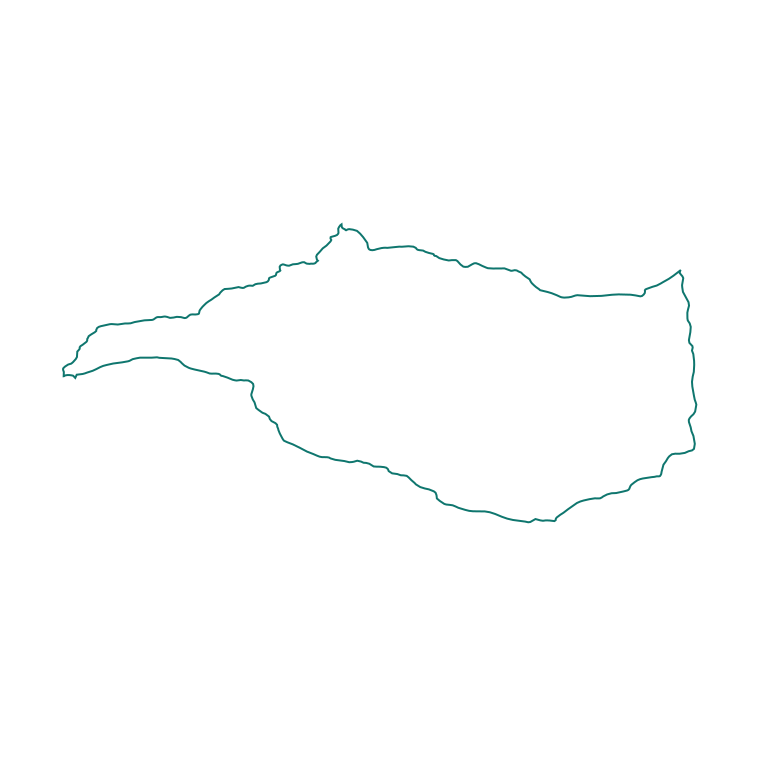 the district of Manta, Cundinamarca, Colombia, rotated 260°
{"feature_id": "7082276B33353054610225", "entity_name": "Manta", "entity_type": "district", "adm_level": 2, "iso_a3": "COL", "parent_name": "Colombia", "parent_adm1": "Cundinamarca", "projection": "equal_earth", "projection_center": [-73.55, 4.993], "detail": "fine", "context": "isolated", "style": "outline", "palette": "teal", "viewbox_px": 768, "rotation_deg": 260, "n_neighbors": 0, "source": "geoboundaries", "source_scale": "gbopen_adm2", "svg_char_len": 6133}
<svg xmlns="http://www.w3.org/2000/svg" viewBox="0 0 768 768"><g transform="rotate(260 384 384)"><path d="M504.3,241.3L502.4,238.6L500.9,237.2L498.6,231.8L497.1,228.8L495.9,225.8L494.6,223.1L493.2,221.0L491.6,218.7L489.7,216.5L488.4,215.2L485.5,214.0L485.1,213.0L485.1,212.1L485.2,210.3L485.8,207.5L485.9,206.2L485.9,205.3L485.2,203.7L483.8,201.4L483.5,200.4L483.5,199.7L483.6,198.9L485.1,195.7L485.8,192.9L486.1,191.6L486.0,188.2L486.2,185.6L486.3,184.7L487.8,181.9L488.5,180.0L488.6,179.0L488.6,176.5L488.7,175.2L489.0,174.1L489.2,172.7L489.1,171.6L488.8,170.8L487.6,168.3L487.4,167.2L487.4,166.4L488.3,159.1L488.3,156.5L488.3,149.2L487.8,145.0L488.1,142.1L488.6,139.2L488.8,132.2L490.3,126.3L490.5,124.5L490.1,115.2L489.8,113.1L489.0,111.3L487.4,110.1L486.2,109.8L485.2,108.2L483.7,104.3L482.4,101.5L480.8,100.4L479.9,99.6L478.2,99.2L477.2,98.3L474.9,93.9L474.0,91.7L473.0,90.7L471.5,90.4L470.4,89.2L469.2,87.6L463.9,86.3L462.1,84.8L459.5,81.5L458.4,79.6L458.0,76.3L456.6,73.0L455.4,71.1L454.5,70.5L453.0,70.5L451.5,70.8L447.3,69.9L447.3,70.4L447.8,71.4L447.8,73.6L447.5,75.5L446.7,78.0L446.2,79.2L445.7,79.6L443.6,81.0L446.5,83.0L446.2,89.0L446.4,91.3L446.8,93.5L447.6,99.4L448.6,103.2L449.9,107.4L450.6,110.6L450.9,114.3L451.2,120.9L450.8,129.7L450.8,135.9L451.0,137.4L452.1,140.8L452.3,144.6L452.3,148.2L450.3,159.5L449.7,165.1L448.8,167.3L446.0,179.2L445.0,182.0L443.4,185.5L441.0,187.6L439.6,188.5L436.8,190.7L433.8,194.6L432.8,196.4L431.2,199.9L427.4,209.1L426.4,211.1L424.6,214.2L424.1,216.2L423.5,220.1L422.7,222.8L422.0,223.9L421.4,224.3L420.4,225.1L419.8,226.7L417.5,230.9L414.5,235.6L413.5,237.9L413.0,239.4L412.8,243.7L411.8,246.7L411.6,248.6L411.0,251.0L408.8,253.7L406.8,255.1L404.5,255.1L401.7,254.0L397.0,251.6L396.2,251.4L395.2,251.4L391.5,252.1L388.4,253.3L382.5,254.0L380.5,255.7L376.8,259.3L375.2,262.0L371.9,265.1L369.3,265.5L367.0,266.8L364.3,270.3L362.4,271.6L360.4,271.5L358.2,272.0L357.1,272.0L353.3,272.8L347.7,274.6L345.7,275.5L345.0,276.4L343.4,278.7L340.4,283.7L335.5,290.4L330.6,296.7L330.3,297.3L327.3,302.2L325.1,305.5L323.6,308.0L322.8,310.1L321.8,315.2L321.1,317.1L320.0,318.4L317.8,322.8L315.0,331.6L313.0,336.2L312.7,338.9L312.7,340.8L313.1,344.3L311.6,347.9L310.0,350.2L309.4,352.7L308.0,355.7L304.6,359.5L303.9,362.3L303.2,365.9L302.1,369.7L301.1,371.8L299.4,373.1L297.4,373.5L294.6,376.5L293.0,381.5L291.2,384.7L290.6,387.5L289.6,390.4L287.8,392.0L284.5,394.3L281.3,396.9L279.6,398.0L276.2,401.8L274.0,406.1L272.4,410.0L269.6,414.5L268.0,415.9L265.4,416.4L262.1,416.2L259.2,418.6L255.4,422.6L254.5,424.4L253.5,427.9L252.6,430.6L250.9,433.3L249.2,435.7L246.0,442.0L244.3,445.8L243.2,449.6L241.0,461.2L239.3,466.0L236.7,470.9L232.8,477.0L230.0,482.0L227.7,487.4L224.0,499.1L222.8,502.0L222.7,504.1L224.7,509.7L222.5,514.4L221.7,516.8L221.6,519.4L221.0,522.7L219.4,528.0L220.1,529.4L221.6,529.9L222.6,531.0L224.6,534.9L226.0,538.3L228.7,543.5L233.3,553.3L234.2,556.9L234.6,560.3L234.9,566.3L234.8,571.7L234.1,575.2L233.9,576.9L234.4,578.7L235.2,580.3L236.5,584.6L236.9,589.1L236.3,593.7L236.6,601.0L236.9,605.0L237.3,606.3L238.2,607.4L239.3,608.0L240.9,609.1L241.8,610.1L243.8,613.8L245.2,616.9L245.8,619.6L246.0,622.5L245.8,631.3L245.6,634.2L245.7,636.5L245.3,638.7L245.4,639.7L246.1,640.5L247.3,641.4L249.3,642.1L256.0,645.2L258.9,648.2L261.7,650.6L263.2,652.3L264.8,655.3L264.8,658.7L264.0,662.8L263.9,668.3L264.9,672.4L265.1,675.8L266.3,678.0L271.1,679.7L279.1,679.7L284.1,678.6L288.1,678.5L293.6,677.7L295.6,677.9L297.0,678.8L298.7,680.7L300.5,683.5L302.8,685.6L309.4,688.0L311.7,687.8L314.6,687.3L318.7,687.2L328.0,687.2L332.7,687.7L337.7,689.3L342.1,691.2L348.9,692.8L352.9,693.4L359.8,693.8L363.4,693.1L366.2,694.3L367.8,694.3L371.5,691.9L374.3,691.9L381.9,694.7L387.0,696.0L390.6,695.6L393.8,694.2L395.9,694.2L401.5,695.1L404.3,696.2L408.2,698.0L411.7,698.1L422.8,694.4L427.5,694.5L429.6,694.7L436.3,697.1L438.2,696.6L440.4,695.3L442.0,694.5L443.9,695.2L444.7,696.1L440.4,687.9L438.1,682.8L435.7,676.0L434.9,673.9L433.6,669.7L433.1,665.3L432.1,659.5L431.7,657.9L431.0,657.2L429.8,657.1L428.3,656.6L427.0,655.3L425.9,653.4L425.8,651.7L427.6,647.0L429.1,642.4L431.5,630.6L432.3,624.0L433.0,613.6L434.7,602.2L437.9,589.8L437.9,587.8L437.3,583.7L437.3,580.7L437.8,576.4L438.5,574.1L439.1,572.9L441.4,569.6L444.3,564.9L446.2,561.1L449.3,554.0L450.4,553.2L453.0,550.6L455.1,548.9L457.6,547.1L459.3,546.3L461.8,545.6L465.4,541.9L468.0,539.7L469.1,539.0L470.0,538.3L471.6,535.8L472.3,535.1L472.9,534.1L473.4,532.5L473.3,529.9L473.4,528.8L476.9,522.8L478.8,511.4L480.0,506.4L480.8,505.0L483.2,501.3L485.5,498.2L487.0,495.6L487.2,493.8L486.6,491.6L484.9,486.9L485.2,484.3L485.8,482.5L488.4,480.1L492.4,477.6L493.5,476.3L494.2,472.3L494.4,469.2L496.3,464.4L498.4,460.3L500.9,457.7L501.5,456.1L502.1,455.6L503.0,455.5L503.6,454.8L505.3,450.9L507.0,447.7L508.6,445.7L509.8,441.7L510.4,440.4L511.1,439.7L512.6,438.9L513.5,437.6L514.1,436.9L515.4,432.1L516.1,425.2L516.6,423.0L517.5,410.9L518.0,408.8L518.2,407.2L518.3,405.0L518.0,400.1L517.7,397.9L517.8,395.7L518.4,393.8L519.3,392.7L519.9,392.4L521.3,392.0L525.9,392.0L532.2,389.0L536.2,386.6L539.5,384.0L541.4,380.2L542.6,376.5L542.5,374.8L542.0,373.6L542.2,372.9L543.1,372.4L544.2,370.8L545.3,369.9L546.1,369.7L548.6,369.9L547.9,368.5L546.3,366.9L544.9,365.9L540.7,365.4L539.9,364.9L538.9,363.6L538.4,361.5L538.1,358.2L537.9,357.0L536.9,356.6L536.2,356.7L535.0,357.1L533.7,356.1L530.3,351.4L528.2,347.2L525.5,343.9L522.9,340.4L521.3,339.4L518.6,339.5L517.6,339.8L516.9,340.3L516.0,338.6L515.0,337.4L514.7,335.8L514.9,334.3L515.2,332.9L515.2,331.7L515.9,329.0L516.6,327.9L517.7,326.7L518.0,325.4L518.0,324.2L517.3,320.1L517.4,318.0L517.7,315.0L517.0,311.2L517.2,310.1L517.7,308.6L518.8,306.6L519.4,305.2L519.2,304.0L518.7,302.6L517.5,301.6L514.8,301.4L513.7,301.6L513.2,300.8L512.6,298.3L512.2,297.5L511.3,297.0L510.1,296.5L509.5,295.7L508.6,290.3L508.2,289.3L507.7,289.0L506.6,288.7L505.3,287.5L504.7,286.0L504.4,280.2L504.7,277.2L504.6,274.6L503.5,271.8L504.2,269.0L504.3,267.4L503.9,264.9L503.1,262.8L503.1,261.6L503.7,259.8L504.7,257.6L504.5,250.6L504.8,247.1L505.2,243.5L504.3,241.3Z" fill="none" stroke="#0f766e" stroke-width="2"/></g></svg>